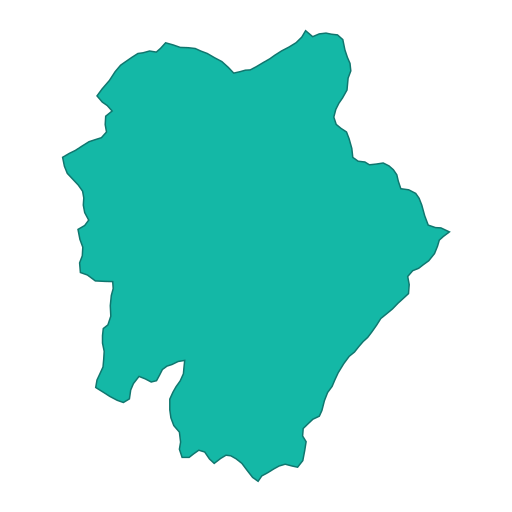 Cristina, Minas Gerais, Brazil
{"feature_id": "56859067B21860273941917", "entity_name": "Cristina", "entity_type": "district", "adm_level": 2, "iso_a3": "BRA", "parent_name": "Brazil", "parent_adm1": "Minas Gerais", "projection": "equal_earth", "projection_center": [-45.291, -22.212], "detail": "fine", "context": "isolated", "style": "filled", "palette": "teal", "viewbox_px": 512, "rotation_deg": 0, "n_neighbors": 0, "source": "geoboundaries", "source_scale": "gbopen_adm2", "svg_char_len": 2611}
<svg xmlns="http://www.w3.org/2000/svg" viewBox="0 0 512 512"><path d="M305.6,30.7L301.8,37.1L296.1,42.7L289.1,47.0L281.6,50.9L274.7,55.3L269.8,58.8L263.5,62.4L256.3,66.7L250.2,69.9L245.3,70.2L240.0,71.7L233.7,73.1L228.3,67.4L221.9,61.6L214.5,57.7L207.3,53.5L200.7,51.0L195.2,48.5L188.2,47.7L180.2,47.4L173.1,44.9L165.6,42.8L160.5,48.4L156.3,52.1L149.6,51.0L143.0,52.8L137.9,53.5L131.8,57.4L125.7,61.6L120.6,65.2L115.2,71.6L109.4,80.5L102.3,88.7L97.0,95.9L102.3,102.1L107.2,105.5L112.1,111.0L105.7,116.2L105.2,124.6L106.5,132.0L101.4,137.7L95.1,139.7L89.0,141.7L82.3,145.9L75.4,150.4L69.3,153.4L62.6,157.3L64.4,166.2L67.3,173.4L72.4,178.8L78.3,185.1L82.6,191.2L83.8,198.0L83.3,205.1L84.7,212.6L88.7,220.1L84.7,225.5L78.0,229.4L79.9,239.3L82.8,247.2L82.3,255.8L79.6,262.9L80.4,272.5L87.4,275.0L95.3,280.9L104.9,281.4L112.7,281.6L113.2,288.6L111.3,295.5L110.3,305.7L110.8,316.2L107.9,324.9L103.3,328.5L102.5,335.6L102.5,343.1L104.2,351.3L103.7,359.3L103.0,367.0L99.9,373.8L97.0,380.0L95.7,387.5L102.3,391.6L109.8,396.4L117.2,400.3L123.4,402.5L129.4,398.9L130.7,390.0L133.4,383.6L139.0,376.4L145.3,378.9L151.2,382.0L156.5,380.7L159.5,375.2L162.4,369.5L167.0,366.1L172.0,364.5L178.1,361.5L184.7,360.4L184.0,367.2L183.4,373.8L180.2,380.9L176.0,386.8L173.0,392.1L169.8,399.1L169.8,409.8L170.9,417.8L173.8,425.6L179.4,432.1L180.6,442.1L179.4,449.2L182.1,457.4L189.1,457.4L193.7,453.8L198.8,450.2L204.7,452.0L209.5,459.0L214.2,463.4L220.7,458.4L226.0,455.2L230.8,455.8L236.1,458.8L241.9,463.4L247.0,470.2L252.6,477.4L258.1,481.3L261.8,475.9L267.7,472.7L274.0,468.8L279.1,466.0L285.2,464.2L292.0,466.0L297.6,467.2L302.8,460.6L304.7,450.6L306.1,441.7L302.6,436.0L303.2,428.5L307.6,424.2L312.9,419.2L319.3,416.2L321.9,410.5L324.4,400.7L327.6,392.5L332.1,386.4L334.8,380.0L338.2,372.7L343.8,363.6L349.2,356.3L354.5,352.0L358.7,346.7L363.2,341.5L367.7,337.4L371.5,332.4L376.5,325.3L380.8,318.5L386.1,314.2L392.5,308.9L398.0,303.2L402.3,299.3L408.5,293.6L409.2,284.6L407.7,276.5L412.7,270.7L418.8,268.2L423.3,264.7L428.7,260.8L434.5,253.6L437.5,246.2L439.3,240.1L443.3,236.5L449.4,231.9L440.9,227.9L435.5,227.6L428.2,225.1L424.7,215.8L421.8,205.2L419.1,198.3L415.7,193.4L408.7,189.8L400.8,188.7L398.3,181.2L396.8,174.8L393.4,169.8L389.0,165.9L383.2,163.0L376.0,164.1L369.4,164.8L364.9,162.0L358.1,161.2L352.8,157.4L351.8,148.4L349.1,138.8L346.5,132.0L340.9,128.3L336.2,124.4L333.8,117.1L335.8,109.4L338.9,103.2L342.5,98.0L347.0,90.0L348.1,78.1L350.8,70.9L350.0,63.4L347.4,57.4L344.9,49.9L342.8,39.6L337.5,34.9L331.4,34.2L326.0,33.1L319.2,33.9L312.7,36.7L305.6,30.7Z" fill="#14b8a6" stroke="#0f766e" stroke-width="1.5"/></svg>